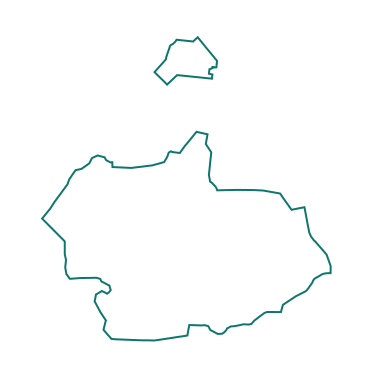 outline of As Saiyani, Ibb, Yemen, rotated 276°
{"feature_id": "15242507B28390593826974", "entity_name": "As Saiyani", "entity_type": "district", "adm_level": 2, "iso_a3": "YEM", "parent_name": "Yemen", "parent_adm1": "Ibb", "projection": "mercator", "projection_center": [44.227, 13.822], "detail": "fine", "context": "isolated", "style": "outline", "palette": "teal", "viewbox_px": 384, "rotation_deg": 276, "n_neighbors": 0, "source": "geoboundaries", "source_scale": "gbopen_adm2", "svg_char_len": 3409}
<svg xmlns="http://www.w3.org/2000/svg" viewBox="0 0 384 384"><g transform="rotate(276 192 192)"><path d="M169.8,57.5L168.1,56.5L160.4,52.6L155.7,49.5L151.5,46.8L149.9,45.7L129.6,70.6L116.7,72.0L114.0,72.9L112.8,73.3L111.1,73.8L107.1,73.8L105.7,73.8L105.2,73.8L103.8,73.8L97.4,75.6L93.3,79.2L92.9,79.8L94.7,89.5L96.7,105.9L96.0,109.8L93.6,111.2L90.9,118.1L90.3,119.7L89.6,119.9L86.0,121.4L85.9,121.3L83.8,120.1L82.3,118.6L82.0,118.3L82.0,118.2L83.3,115.0L84.1,112.7L82.8,111.0L80.0,107.2L77.1,107.0L73.1,106.6L64.5,112.4L62.9,113.5L58.5,117.1L55.3,119.8L55.2,119.7L45.7,118.4L45.0,119.1L41.6,122.8L37.5,127.2L37.5,130.2L37.5,130.9L37.6,132.4L37.7,133.9L38.6,148.0L38.9,152.2L38.9,153.0L39.4,159.0L39.7,161.8L39.9,164.0L40.4,170.3L40.5,170.6L41.4,174.2L43.2,181.1L44.8,187.3L45.0,188.0L45.2,188.7L46.3,192.8L47.5,197.6L48.8,202.4L58.7,203.1L59.4,203.2L60.3,215.6L60.9,218.4L60.3,222.2L56.7,224.6L53.5,232.6L54.2,236.8L55.8,238.7L58.2,240.5L60.0,241.1L60.3,241.7L61.0,242.7L62.3,244.5L63.0,248.2L63.1,248.3L63.1,248.5L63.2,248.8L63.3,249.3L63.5,249.8L63.8,250.8L64.0,251.6L65.8,257.0L65.9,257.9L65.9,258.3L66.1,262.2L66.9,264.8L70.6,267.4L72.2,269.1L76.3,273.4L76.7,273.9L79.2,276.6L79.4,276.9L80.5,279.2L81.9,293.0L89.2,294.2L89.6,294.7L90.1,295.2L90.5,295.7L94.3,300.3L97.1,303.7L99.2,306.2L100.9,308.9L101.0,309.0L105.1,315.3L106.5,316.6L107.8,317.4L109.1,318.2L110.5,318.9L111.9,319.7L113.2,320.5L114.5,321.1L114.8,321.2L116.3,321.6L117.7,322.3L117.9,322.4L118.9,323.3L120.8,326.0L121.6,327.2L122.6,328.4L123.5,329.5L124.3,331.1L124.9,332.8L125.4,335.1L125.7,337.5L125.8,338.3L132.7,337.7L139.0,334.7L141.9,333.3L142.4,333.1L143.9,332.3L147.7,328.3L148.8,327.1L154.1,321.4L155.6,319.8L156.5,318.4L160.2,315.0L160.9,314.6L163.8,312.9L164.5,312.7L171.0,310.7L173.9,309.8L177.7,308.7L178.9,308.3L180.4,307.9L188.4,305.5L188.6,305.4L188.0,303.4L187.8,302.8L187.7,302.3L184.7,292.9L196.2,282.7L197.8,281.4L199.4,280.0L199.7,279.7L199.9,276.8L200.3,271.4L200.9,262.6L200.5,255.3L200.2,250.8L199.5,243.8L199.4,243.3L199.1,239.7L198.5,234.3L198.2,231.8L198.2,231.4L198.0,230.2L197.5,226.2L196.3,216.9L198.1,216.1L199.9,214.7L201.8,212.5L203.2,210.9L204.2,208.9L206.5,208.3L210.8,207.0L213.4,207.0L223.2,207.0L233.5,207.0L241.2,200.7L246.6,201.1L251.0,201.4L252.3,190.2L251.2,189.5L248.8,187.9L240.1,182.2L236.9,180.0L229.5,175.8L229.7,168.2L230.3,166.8L228.7,164.7L226.4,164.2L224.3,163.7L218.9,161.2L217.4,157.6L217.1,156.8L214.3,149.6L214.1,148.8L212.8,142.9L212.7,142.8L211.5,137.5L211.0,135.1L210.4,132.6L209.9,130.5L209.6,129.2L208.5,110.3L213.3,109.6L212.9,107.8L214.7,103.3L217.4,101.4L218.2,96.0L218.5,94.3L217.7,93.0L215.3,89.0L210.6,87.2L209.8,86.9L208.0,84.9L203.4,79.6L201.6,74.1L201.5,73.9L195.9,70.8L195.3,70.5L192.5,69.0L191.5,68.5L189.7,68.1L186.7,67.4L177.8,62.2L169.8,57.5ZM306.7,165.9L306.8,200.0L311.0,200.0L311.3,197.3L311.4,196.5L313.9,196.5L315.9,196.5L317.0,198.7L317.7,199.9L318.0,199.8L318.0,199.5L318.0,199.2L318.4,199.2L318.6,199.8L318.5,201.0L318.2,201.5L318.5,203.2L325.0,203.2L325.3,202.9L333.3,194.8L336.5,191.5L341.4,186.6L346.5,181.5L341.8,177.4L341.8,168.6L341.8,160.7L340.3,160.0L339.0,159.0L337.7,158.0L336.9,157.1L336.0,155.6L334.8,154.8L332.0,154.3L328.1,153.3L322.8,152.2L321.8,152.2L321.3,152.2L321.2,152.2L307.3,142.2L304.4,145.8L299.2,152.4L296.2,156.0L297.2,156.8L301.7,160.7L305.1,163.6L306.7,165.0L306.7,165.9Z" fill="none" stroke="#0f766e" stroke-width="2"/></g></svg>